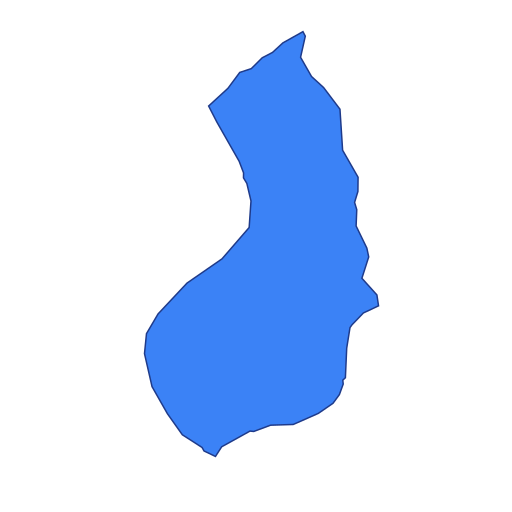 outline of Parramos, Sacatepéquez, Guatemala, rotated 328°
{"feature_id": "79465075B95275885163057", "entity_name": "Parramos", "entity_type": "district", "adm_level": 2, "iso_a3": "GTM", "parent_name": "Guatemala", "parent_adm1": "Sacatepéquez", "projection": "orthographic", "projection_center": [-90.819, 14.594], "detail": "fine", "context": "isolated", "style": "filled", "palette": "blue", "viewbox_px": 512, "rotation_deg": 328, "n_neighbors": 0, "source": "geoboundaries", "source_scale": "gbopen_adm2", "svg_char_len": 856}
<svg xmlns="http://www.w3.org/2000/svg" viewBox="0 0 512 512"><g transform="rotate(328 256 256)"><path d="M295.3,103.7L293.8,121.5L291.9,166.8L289.5,178.9L286.8,183.1L286.7,189.6L280.9,206.7L265.3,228.2L225.7,240.4L183.2,242.4L142.3,253.2L122.0,263.8L109.7,279.7L98.6,311.7L97.3,342.8L98.8,368.6L108.8,389.8L108.6,393.8L115.4,404.5L125.8,399.6L158.1,401.3L161.1,403.6L178.7,407.2L198.3,418.6L225.5,422.5L243.3,421.7L253.3,417.7L262.1,410.8L263.8,407.3L267.3,406.6L284.1,382.2L297.8,366.5L301.0,365.2L316.9,361.2L333.5,363.2L337.9,353.1L334.0,331.0L351.1,316.5L354.2,308.0L356.8,283.6L366.0,270.1L368.0,262.8L376.6,255.3L384.3,243.3L385.5,212.2L405.0,176.0L402.6,149.0L398.2,133.2L399.1,111.1L414.3,95.7L414.7,90.6L391.8,89.5L377.9,92.1L366.3,91.2L351.3,94.6L339.5,91.7L321.1,98.9L295.3,103.7Z" fill="#3b82f6" stroke="#1e3a8a" stroke-width="1.5"/></g></svg>